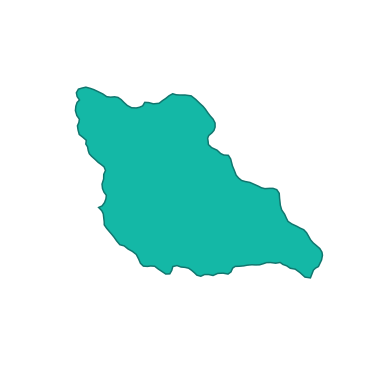 Santa Helena de Minas, Minas Gerais, Brazil, rotated 294°
{"feature_id": "56859067B7306542028924", "entity_name": "Santa Helena de Minas", "entity_type": "district", "adm_level": 2, "iso_a3": "BRA", "parent_name": "Brazil", "parent_adm1": "Minas Gerais", "projection": "natural_earth1", "projection_center": [-40.656, -16.909], "detail": "fine", "context": "isolated", "style": "filled", "palette": "teal", "viewbox_px": 384, "rotation_deg": 294, "n_neighbors": 0, "source": "geoboundaries", "source_scale": "gbopen_adm2", "svg_char_len": 2402}
<svg xmlns="http://www.w3.org/2000/svg" viewBox="0 0 384 384"><g transform="rotate(294 192 192)"><path d="M244.6,52.4L242.1,49.1L239.8,46.4L235.6,46.0L232.5,48.2L230.3,51.8L227.1,50.6L223.1,51.0L218.9,52.4L215.0,55.7L212.7,59.5L209.5,60.4L205.9,60.4L202.3,62.7L198.7,65.6L197.6,70.0L196.2,74.4L192.6,75.5L190.8,78.2L187.6,80.4L185.2,82.6L183.8,85.7L182.3,90.4L180.9,94.3L180.2,97.7L179.2,101.4L176.5,104.2L172.2,104.2L167.9,106.0L162.6,106.6L158.8,108.8L156.1,111.6L154.1,115.1L150.9,116.1L146.9,116.4L142.7,115.5L139.9,113.0L138.2,117.2L136.0,119.8L132.3,122.0L128.9,124.0L126.3,125.2L124.1,128.8L122.2,132.7L120.7,135.9L119.0,139.2L116.7,143.0L114.5,147.5L115.2,152.0L113.9,156.8L113.5,161.7L112.3,166.5L109.0,170.6L105.9,173.9L104.5,177.7L105.9,181.6L107.6,184.3L109.0,188.1L107.9,192.5L107.3,196.1L106.4,201.4L108.2,205.0L112.1,205.4L116.1,204.8L118.7,208.2L119.0,212.5L120.3,216.3L121.0,219.9L120.3,223.5L119.2,227.1L118.0,230.3L118.6,234.3L121.7,237.0L123.4,240.8L124.3,245.2L128.1,248.6L130.5,253.4L131.7,258.3L134.8,260.1L139.0,260.1L141.6,261.7L143.4,265.4L145.5,269.2L147.6,272.2L149.9,276.3L151.2,279.7L153.0,283.4L155.5,286.3L157.8,288.8L159.5,292.4L161.0,297.4L163.5,301.2L162.8,304.5L163.1,308.5L162.3,312.8L163.5,317.7L162.3,323.4L160.2,329.8L161.7,335.1L166.0,334.9L170.1,334.7L172.7,335.8L175.3,337.8L178.8,337.9L182.6,338.0L187.3,336.9L189.9,335.2L192.3,331.8L193.8,326.9L194.8,323.4L196.5,319.8L199.3,316.1L201.4,313.2L203.0,309.4L203.0,305.4L203.3,301.9L203.4,296.1L204.2,291.6L206.5,288.8L209.4,285.6L212.1,281.2L215.8,278.1L218.9,276.3L221.8,274.6L226.3,272.2L228.6,268.5L228.3,264.6L226.9,261.4L224.7,257.2L224.1,253.7L224.3,250.3L224.3,245.8L224.3,241.0L223.2,236.3L222.7,232.6L223.7,228.9L225.3,225.5L228.9,221.9L232.2,218.4L235.1,216.1L237.9,213.9L240.3,210.3L238.7,206.0L238.8,202.5L240.4,197.9L240.5,191.9L242.0,187.7L245.0,186.0L247.5,184.4L250.4,184.3L254.1,186.1L257.2,187.0L260.7,186.7L264.4,185.0L267.1,181.7L269.0,177.5L271.0,173.9L273.0,170.7L274.7,167.3L276.2,162.8L278.1,157.7L279.5,152.1L277.8,146.3L275.6,141.3L274.4,138.1L273.9,134.4L270.6,131.9L266.7,129.9L263.2,127.7L259.7,125.9L256.8,120.8L256.1,116.1L254.7,112.4L250.6,111.9L248.0,109.5L246.1,106.9L244.4,102.6L244.7,97.7L246.1,93.5L247.6,89.7L248.3,85.9L247.5,82.6L245.5,79.0L244.4,75.3L245.3,70.6L245.5,65.0L245.6,60.6L245.3,57.0L244.6,52.4Z" fill="#14b8a6" stroke="#0f766e" stroke-width="1.5"/></g></svg>